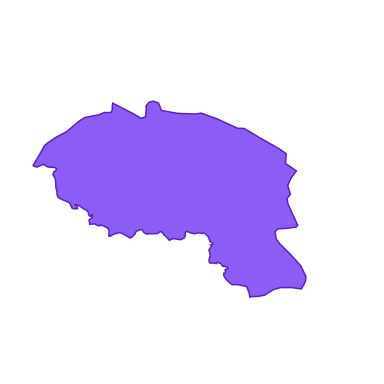 the district of Kpaai, Bong, Liberia, rotated 127°
{"feature_id": "62588387B85752437288892", "entity_name": "Kpaai", "entity_type": "district", "adm_level": 2, "iso_a3": "LBR", "parent_name": "Liberia", "parent_adm1": "Bong", "projection": "robinson", "projection_center": [-9.185, 6.933], "detail": "fine", "context": "isolated", "style": "filled", "palette": "violet", "viewbox_px": 384, "rotation_deg": 127, "n_neighbors": 0, "source": "geoboundaries", "source_scale": "gbopen_adm2", "svg_char_len": 3611}
<svg xmlns="http://www.w3.org/2000/svg" viewBox="0 0 384 384"><g transform="rotate(127 192 192)"><path d="M266.4,334.9L266.4,333.2L265.7,331.8L265.4,331.0L265.2,330.6L263.7,329.8L261.6,328.7L259.9,327.8L259.8,327.4L259.4,327.5L258.8,322.6L258.7,322.0L255.3,316.8L255.0,316.2L255.0,314.3L255.5,313.9L255.8,313.6L257.6,314.0L259.4,314.4L261.9,313.3L263.6,309.4L263.7,309.1L267.9,305.3L268.1,305.3L270.8,302.9L271.1,302.4L272.6,300.3L274.6,298.8L275.3,298.3L276.6,296.2L276.9,295.1L276.7,293.8L276.1,290.6L274.4,284.1L274.6,283.1L274.8,282.2L277.0,278.3L276.7,276.6L275.2,274.5L274.1,273.5L273.0,274.4L272.6,277.1L272.4,277.7L272.1,277.4L271.0,274.8L270.8,272.3L270.6,268.7L270.6,267.9L270.5,267.7L270.0,265.4L270.4,264.1L270.4,262.9L272.4,260.8L272.7,258.8L272.7,258.6L272.1,258.2L271.7,258.4L270.1,258.0L270.3,257.5L271.2,257.0L272.1,256.6L272.4,256.4L276.2,257.4L279.3,254.3L277.4,252.0L277.2,251.8L276.0,250.5L275.5,247.0L274.0,245.5L274.3,245.5L273.5,244.9L272.4,242.7L271.7,238.4L271.4,237.0L271.9,237.0L272.0,235.8L274.4,233.7L276.1,232.8L277.2,231.7L276.7,230.9L274.7,230.0L272.9,229.2L271.4,228.1L270.2,227.1L268.4,225.8L267.3,223.9L266.9,221.1L266.2,215.4L265.9,213.5L264.7,213.2L264.4,212.9L260.6,212.3L260.4,212.3L257.3,212.8L255.6,212.3L255.2,211.8L253.9,210.9L252.7,210.3L252.4,209.4L252.2,208.9L253.2,206.7L253.1,203.3L252.0,201.9L251.5,202.2L250.7,200.4L245.9,194.5L242.7,193.5L242.3,192.4L242.4,190.9L242.7,189.6L243.0,188.8L243.5,184.7L243.6,183.3L243.8,182.6L244.3,181.1L242.2,179.9L240.3,178.7L237.6,173.6L236.8,172.2L233.8,170.7L233.3,170.6L233.1,170.8L232.3,170.7L231.4,170.9L230.4,171.4L229.1,172.6L228.3,172.9L228.0,173.0L226.7,172.4L226.0,170.9L225.7,169.1L225.4,168.1L224.0,165.3L223.8,164.9L223.7,164.8L220.9,162.4L220.2,161.8L219.1,158.9L218.6,158.6L217.2,157.8L217.3,157.0L217.7,153.4L217.7,152.4L217.8,152.3L220.9,147.1L220.5,145.6L220.7,144.6L220.8,144.2L221.7,144.2L223.1,145.3L223.4,143.7L226.1,143.7L228.0,143.7L228.5,143.0L231.2,139.6L231.5,139.4L236.2,137.5L236.5,137.2L237.9,135.6L237.7,134.4L236.1,132.6L234.6,129.6L233.0,129.6L232.1,126.6L231.7,125.4L232.9,123.2L230.6,118.7L230.9,118.7L231.5,117.3L232.5,117.4L233.3,118.7L234.9,118.4L234.9,117.5L237.0,116.7L237.8,117.7L239.6,116.2L239.8,116.1L241.5,110.9L241.8,107.6L242.0,104.4L239.6,101.2L238.6,99.9L238.2,99.1L234.7,91.7L236.4,88.6L237.9,86.0L239.4,84.4L241.1,82.6L240.6,82.4L235.9,76.8L230.8,72.0L226.9,70.5L222.0,68.6L221.2,68.3L219.8,67.3L215.1,63.8L214.2,62.6L213.9,62.3L212.8,60.8L208.3,54.8L205.5,49.8L203.6,46.3L201.4,46.6L199.8,46.8L195.1,47.6L192.5,49.2L191.6,49.8L190.9,50.3L185.5,60.6L182.7,75.0L181.2,86.2L180.6,90.4L180.2,91.8L179.6,93.8L179.0,96.3L173.8,101.8L169.8,101.3L168.3,99.5L166.6,97.5L164.4,94.9L157.4,87.8L155.0,87.5L150.6,95.6L143.6,108.5L141.5,110.6L140.5,111.6L139.8,112.2L134.7,112.0L133.7,113.2L130.8,117.3L129.3,119.4L121.8,121.2L121.3,121.3L112.4,121.3L112.9,134.6L112.7,134.7L109.1,136.9L104.8,139.8L104.7,139.9L105.1,149.0L106.7,161.2L107.7,169.0L108.0,171.3L109.2,182.9L109.9,188.6L113.6,193.9L115.3,201.4L118.2,214.6L118.5,216.0L121.8,226.6L123.5,232.2L127.9,236.4L129.0,238.0L138.2,251.4L138.2,251.6L140.0,255.0L144.8,264.4L145.3,265.4L141.1,272.3L141.6,273.9L142.7,277.6L146.0,280.3L150.9,280.5L153.5,278.2L160.1,274.4L163.8,277.1L164.3,281.7L164.8,286.1L167.8,303.4L168.8,308.8L171.0,307.6L174.7,304.9L177.4,304.7L180.5,308.8L181.1,309.7L184.2,311.5L186.4,312.9L191.8,317.8L195.1,320.7L197.0,322.4L204.5,325.2L206.9,325.7L218.9,328.3L219.6,328.6L229.8,333.4L236.1,335.6L239.0,336.6L243.7,337.7L251.2,336.6L266.4,334.9Z" fill="#8b5cf6" stroke="#5b21b6" stroke-width="1.5"/></g></svg>